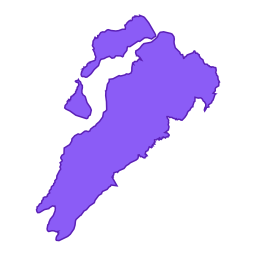 Malorua, Shefa, Vanuatu (Natural Earth projection)
{"feature_id": "77236927B16755152791685", "entity_name": "Malorua", "entity_type": "district", "adm_level": 2, "iso_a3": "VUT", "parent_name": "Vanuatu", "parent_adm1": "Shefa", "projection": "natural_earth1", "projection_center": [168.26, -17.624], "detail": "fine", "context": "isolated", "style": "filled", "palette": "violet", "viewbox_px": 256, "rotation_deg": 0, "n_neighbors": 0, "source": "geoboundaries", "source_scale": "gbopen_adm2", "svg_char_len": 5667}
<svg xmlns="http://www.w3.org/2000/svg" viewBox="0 0 256 256"><path d="M208.9,106.9L208.4,105.4L208.5,104.8L211.6,102.7L211.9,101.4L213.1,100.0L215.0,94.4L215.8,93.9L213.1,93.2L215.3,90.8L215.2,88.8L215.8,87.6L218.7,85.8L218.9,82.5L219.5,82.1L218.1,79.5L217.8,76.3L216.6,75.1L216.5,74.0L215.7,72.6L216.2,70.2L215.8,67.8L214.9,67.4L214.4,67.6L212.9,66.8L211.4,67.3L211.4,66.9L209.4,66.5L209.3,65.9L208.3,65.5L207.1,64.2L204.9,64.2L203.7,62.6L202.9,59.8L200.5,58.0L199.3,56.0L199.1,54.7L198.5,54.6L197.5,53.3L195.7,53.2L195.6,52.3L195.1,52.1L194.7,51.0L194.0,51.1L193.0,52.8L187.2,54.9L186.0,56.5L185.1,56.6L184.4,58.0L183.6,58.3L182.6,54.6L181.1,54.8L179.9,53.3L179.9,52.4L175.3,47.8L174.2,43.7L174.0,41.8L174.3,39.1L173.9,36.7L172.2,34.2L170.9,33.5L163.7,31.8L160.2,32.3L158.4,34.3L157.5,36.9L156.6,37.9L151.8,41.9L150.6,42.4L143.9,43.6L142.2,45.1L139.8,48.2L137.7,49.9L135.9,50.8L135.6,52.7L136.1,54.4L136.6,54.8L136.5,55.7L138.5,56.0L138.9,56.8L139.9,57.4L141.6,60.1L140.3,59.6L140.2,58.3L139.9,58.3L138.2,59.8L137.0,61.5L134.6,61.5L133.8,62.4L133.1,62.6L132.9,63.3L133.3,64.0L132.6,63.6L131.9,67.3L131.8,71.0L131.0,73.0L128.6,74.2L126.3,73.9L125.0,74.9L120.7,76.0L119.1,75.6L113.0,78.8L109.2,79.3L109.2,81.4L107.4,84.3L106.4,90.4L105.6,91.0L105.9,91.5L105.7,95.5L106.5,101.9L106.7,109.9L105.4,111.3L103.5,112.4L102.7,117.0L99.5,121.5L96.3,124.3L95.5,125.9L93.9,126.5L90.6,129.1L89.8,131.0L88.2,131.6L86.1,131.0L84.6,131.3L80.9,134.2L79.5,134.4L78.1,133.9L74.8,135.7L72.0,138.8L71.7,141.1L69.7,144.6L64.2,148.0L64.0,153.5L63.7,154.2L61.9,155.3L60.8,157.4L61.0,158.6L62.2,160.2L61.8,161.4L60.1,162.6L60.9,164.8L59.9,167.0L60.5,168.1L60.6,169.4L59.6,170.5L56.9,175.8L56.7,178.7L54.9,180.6L54.9,182.6L53.8,183.5L53.6,185.0L51.5,186.7L50.9,189.3L49.6,190.3L49.2,191.6L49.7,192.7L49.6,193.2L48.7,193.3L47.2,195.4L47.5,196.0L46.7,196.8L44.3,197.1L43.1,198.1L43.3,199.3L42.0,200.5L41.4,203.2L39.5,204.1L38.4,206.1L37.0,207.0L37.2,208.3L36.5,209.7L37.0,211.7L37.8,212.7L39.6,212.5L44.4,209.6L48.9,208.6L49.4,207.8L52.7,205.8L54.1,206.3L54.8,206.1L55.4,208.1L55.1,210.9L53.3,215.5L50.3,219.2L49.0,222.2L48.7,223.9L47.8,224.8L47.1,228.8L47.3,230.1L48.1,231.2L48.8,231.5L52.0,230.7L54.3,230.9L55.9,231.7L58.1,231.4L57.3,232.1L58.7,233.0L58.0,234.0L58.3,234.4L56.7,236.3L56.2,237.8L56.0,239.6L56.4,240.3L59.0,240.6L67.7,236.4L70.3,234.2L73.9,229.0L75.0,225.2L75.5,220.8L76.0,219.5L80.2,215.5L80.9,215.3L84.0,211.0L86.5,209.6L89.5,206.0L94.3,202.7L95.0,200.4L98.7,195.4L101.6,193.7L101.7,192.7L102.6,191.4L107.1,189.4L109.2,186.8L110.4,186.3L111.1,185.0L117.0,185.8L112.1,177.2L113.2,177.0L112.8,175.8L113.6,175.0L114.0,172.7L117.2,171.8L117.6,172.3L119.1,170.6L124.0,168.5L126.3,165.6L128.4,164.4L130.4,162.7L136.1,160.0L137.8,158.6L138.3,156.8L138.2,155.0L139.2,154.8L140.4,156.7L141.6,156.5L143.7,157.8L144.9,157.9L145.4,156.8L145.9,156.7L146.4,155.8L147.1,155.7L146.4,154.6L146.0,154.8L145.2,154.1L145.8,151.5L147.8,150.6L149.3,146.8L151.4,147.7L152.1,147.1L151.8,146.3L152.1,145.8L153.2,145.8L152.6,144.8L153.5,144.0L154.7,144.1L154.2,142.6L155.2,141.9L154.6,141.4L154.6,139.8L156.7,139.8L157.2,139.0L158.1,138.8L158.6,139.0L158.7,139.8L159.4,139.9L159.6,139.1L159.3,137.9L159.7,137.7L160.4,139.2L161.5,139.4L162.3,137.4L162.9,137.9L163.6,137.0L165.5,138.0L166.0,137.1L167.4,136.7L167.9,137.0L168.3,136.0L169.1,135.7L169.1,134.8L167.4,133.0L164.9,132.5L168.3,130.0L169.0,126.8L168.2,124.7L168.7,122.6L168.4,121.7L168.7,120.1L167.2,117.8L167.0,116.6L168.6,116.6L169.7,117.6L170.7,117.3L172.2,117.5L173.2,118.3L175.0,118.6L175.6,119.5L176.4,118.8L177.1,119.8L178.6,119.2L180.7,119.6L180.9,120.1L182.1,120.2L184.8,117.4L186.7,114.6L187.6,112.2L188.5,111.0L189.9,110.1L190.7,108.4L191.9,107.0L192.9,106.7L192.8,105.9L194.0,102.0L194.9,101.3L195.0,97.3L198.2,98.1L200.7,97.8L202.2,98.9L203.4,101.1L204.4,101.7L205.8,104.1L205.7,106.3L204.8,108.0L204.3,110.0L204.7,111.0L206.2,108.6L206.1,107.6L208.9,106.9ZM143.7,16.9L139.8,15.4L140.0,16.1L138.6,16.5L136.1,16.1L135.9,16.5L135.0,16.0L134.7,17.0L133.1,17.1L132.4,18.1L132.3,19.7L131.7,20.5L130.9,20.7L130.3,20.3L130.1,20.7L129.0,21.0L127.1,22.8L126.0,24.6L124.8,25.2L125.5,27.6L125.2,29.2L122.2,29.3L118.7,30.6L115.8,31.0L111.0,30.5L108.5,29.7L107.2,29.9L104.7,32.0L102.5,31.9L100.7,32.6L98.5,35.9L97.7,35.7L97.8,37.5L96.1,38.4L94.7,38.6L93.1,41.1L92.8,44.8L92.4,45.1L92.5,45.9L94.1,48.3L94.0,49.1L93.0,49.5L94.6,52.7L94.9,54.6L95.7,56.2L95.8,57.6L95.3,58.4L95.4,59.8L94.4,60.6L89.6,62.2L89.9,62.7L88.3,63.1L87.4,64.0L86.9,64.9L87.0,65.7L86.5,66.2L84.9,67.4L84.0,67.0L83.9,68.0L82.7,68.8L83.2,68.8L82.8,70.0L81.7,71.3L81.9,72.0L81.5,72.4L81.1,74.5L81.6,76.1L82.4,76.6L84.1,76.5L85.5,77.2L86.9,77.1L89.5,75.2L91.3,73.5L94.3,69.4L98.5,65.6L100.0,60.8L101.0,59.3L104.1,58.6L106.5,57.3L109.4,56.3L112.0,58.2L114.4,57.7L115.4,56.2L116.1,55.8L120.6,55.9L122.6,56.8L123.4,56.0L123.5,54.9L124.2,53.8L126.8,50.5L127.3,47.1L127.7,46.6L130.0,46.6L138.1,41.1L139.8,41.4L144.6,37.8L147.4,37.6L151.7,39.0L154.0,37.1L155.7,36.4L155.5,34.8L154.5,32.8L148.6,22.7L144.6,17.6L143.7,16.9ZM75.8,115.2L86.4,118.6L87.6,118.3L88.5,116.1L90.2,115.0L91.3,110.1L90.3,107.5L87.0,102.6L85.3,96.9L84.5,95.9L83.1,95.0L81.9,92.8L81.9,90.1L82.4,87.8L82.3,85.3L81.3,84.5L80.5,81.9L79.1,80.8L78.4,79.5L78.0,80.4L76.0,80.7L75.4,81.2L76.2,82.2L78.2,82.6L78.8,84.6L78.5,85.8L77.3,87.2L77.5,87.7L77.1,88.1L77.0,89.6L76.4,89.8L76.3,90.7L75.6,91.6L75.7,92.8L74.5,93.8L74.2,94.6L73.5,94.6L72.9,95.7L71.1,96.5L71.3,97.1L70.8,97.6L70.5,99.7L68.9,99.5L69.4,100.8L68.5,100.9L68.1,100.4L67.2,101.4L67.4,102.3L67.1,103.4L65.2,105.4L64.7,107.9L66.0,109.1L70.0,111.0L75.8,115.2ZM95.8,37.7L95.1,37.2L94.9,37.6L95.8,37.7Z" fill="#8b5cf6" stroke="#5b21b6" stroke-width="1.5"/></svg>